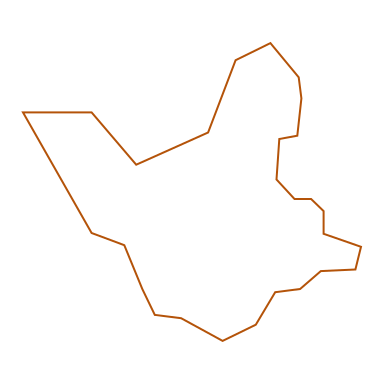 the border of Valenzuela
{"feature_id": "PHL-5547", "entity_name": "Valenzuela", "entity_type": "Highly Urbanized City", "adm_level": 1, "iso_a3": "PHL", "parent_name": "Philippines", "parent_adm1": "", "projection": "natural_earth1", "projection_center": [120.998, 14.7], "detail": "fine", "context": "isolated", "style": "outline", "palette": "amber", "viewbox_px": 384, "rotation_deg": 0, "n_neighbors": 0, "source": "natural_earth", "source_scale": "10m", "svg_char_len": 456}
<svg xmlns="http://www.w3.org/2000/svg" viewBox="0 0 384 384"><path d="M136.2,164.7L208.1,132.5L235.6,60.2L270.4,43.1L298.7,77.3L301.4,98.4L297.3,135.7L279.3,139.0L276.5,179.5L294.5,199.0L311.1,199.0L323.6,211.1L323.6,233.8L361.0,246.8L355.4,269.5L320.8,271.1L300.1,289.0L275.2,292.2L255.8,324.7L222.6,340.9L181.1,318.2L154.8,314.9L142.3,289.0L124.3,245.2L91.6,233.0L23.0,112.4L91.6,112.4L136.2,164.7Z" fill="none" stroke="#b45309" stroke-width="2"/></svg>